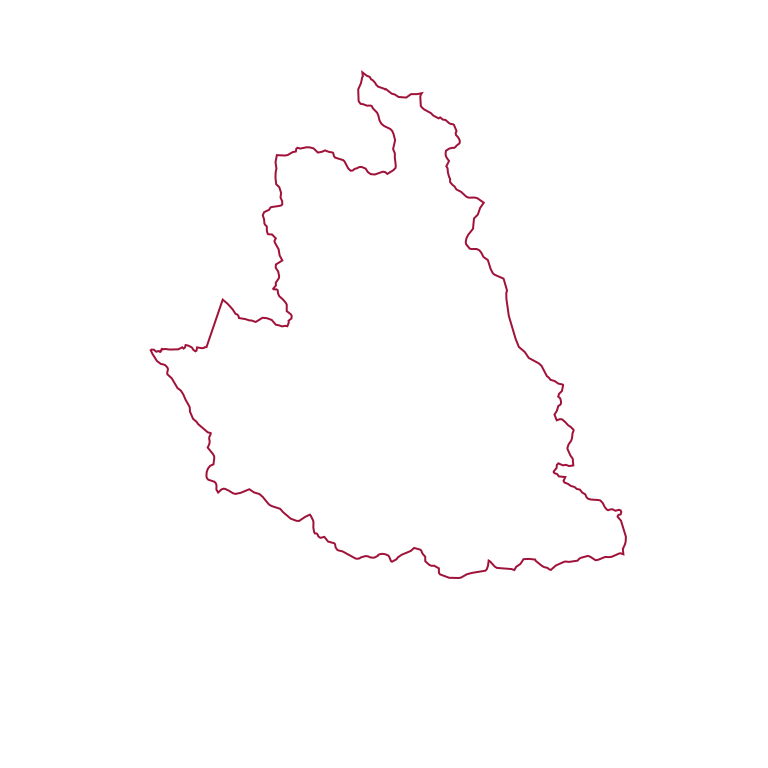 outline of Lam Binh, Tuyên Quang, Vietnam, rotated 147°
{"feature_id": "81297802B83942116722165", "entity_name": "Lam Binh", "entity_type": "district", "adm_level": 2, "iso_a3": "VNM", "parent_name": "Vietnam", "parent_adm1": "Tuyên Quang", "projection": "natural_earth1", "projection_center": [105.222, 22.507], "detail": "fine", "context": "isolated", "style": "outline", "palette": "rose", "viewbox_px": 768, "rotation_deg": 147, "n_neighbors": 0, "source": "geoboundaries", "source_scale": "gbopen_adm2", "svg_char_len": 6166}
<svg xmlns="http://www.w3.org/2000/svg" viewBox="0 0 768 768"><g transform="rotate(147 384 384)"><path d="M273.5,115.6L269.2,118.3L267.0,120.4L264.3,124.2L259.7,140.3L260.4,145.5L258.8,146.5L256.6,145.8L254.7,147.4L254.4,149.1L255.6,150.6L258.9,151.6L260.7,154.6L263.0,155.7L264.8,156.1L265.4,157.0L265.9,160.2L265.4,165.1L266.0,168.5L267.6,170.1L273.4,174.4L275.4,176.7L275.8,178.7L275.3,182.0L276.9,184.9L277.2,188.7L279.5,191.0L280.3,193.9L282.8,196.7L284.1,200.0L286.3,203.1L286.2,205.0L282.6,207.2L287.7,211.3L287.8,214.1L289.5,216.3L289.8,217.3L289.3,218.2L285.0,219.6L283.1,222.0L281.0,222.5L278.3,218.4L275.3,217.0L273.6,214.5L269.6,212.6L266.4,218.6L266.6,222.5L265.6,229.1L265.1,230.4L262.1,232.8L257.9,234.5L255.8,236.2L252.5,240.2L250.4,241.6L250.0,242.4L250.8,246.3L252.1,249.3L252.7,253.3L253.9,257.3L255.6,258.7L258.9,259.5L257.7,265.5L253.9,267.2L249.8,270.6L247.4,270.6L246.2,271.3L245.1,272.8L244.0,276.1L244.8,278.5L242.6,280.4L238.6,281.2L234.3,285.6L234.5,286.3L237.6,289.4L239.3,293.6L242.0,296.7L242.4,299.9L243.1,301.9L242.0,313.5L242.9,316.9L248.4,327.0L248.5,334.1L250.7,341.7L249.0,350.3L242.2,373.2L235.0,388.7L231.9,393.7L229.9,395.4L226.5,406.7L226.4,407.4L231.5,415.0L232.4,417.4L232.0,422.0L229.4,431.4L231.4,436.3L230.9,441.1L231.2,444.2L232.8,446.8L237.1,449.5L238.4,450.9L239.0,456.3L238.2,458.5L235.6,461.2L232.1,463.3L224.8,465.7L218.4,473.8L213.0,475.0L207.5,479.3L201.6,481.7L204.5,488.9L206.4,491.0L211.3,494.0L212.9,496.1L214.7,503.2L217.3,507.7L217.3,511.3L218.1,513.7L218.6,517.4L216.9,519.9L216.5,522.6L215.2,526.6L213.2,530.3L213.1,532.7L208.0,535.6L208.2,539.5L207.9,541.7L206.8,543.8L205.0,545.9L201.2,545.9L198.2,545.0L196.8,543.9L195.0,543.8L193.5,544.4L189.7,544.7L188.5,545.8L187.7,547.6L187.5,550.5L188.0,553.6L187.2,555.5L185.4,556.6L184.2,563.3L184.5,564.0L186.5,565.9L187.4,567.5L188.6,571.9L190.7,573.8L191.7,577.0L193.5,577.0L195.6,580.7L196.6,582.8L197.1,585.6L200.8,592.4L201.6,595.4L201.7,597.1L197.2,605.0L196.1,606.2L193.9,607.3L198.4,609.1L203.5,612.4L209.3,612.1L215.5,616.8L217.2,620.8L219.5,623.5L221.8,630.4L222.6,630.4L223.1,631.6L227.0,636.6L227.6,639.3L227.4,641.2L227.9,644.7L228.9,646.6L228.7,649.3L230.6,652.0L232.4,657.2L234.2,653.5L235.2,653.1L239.4,648.9L245.2,645.1L251.2,635.1L251.1,631.8L248.6,629.4L246.8,626.8L243.5,624.7L242.9,623.7L243.2,621.3L242.0,615.3L242.6,612.0L244.2,607.5L244.5,603.8L243.3,600.1L239.8,594.4L239.3,591.7L239.9,588.3L241.9,582.4L248.4,576.1L249.3,571.5L251.5,568.2L255.2,560.7L256.7,558.9L259.9,558.2L266.8,558.4L267.6,561.1L269.4,562.7L277.6,564.7L280.8,567.2L282.1,570.5L282.1,574.6L284.5,578.2L286.6,579.4L289.4,579.7L291.4,580.4L293.9,580.1L295.9,581.1L296.6,584.3L295.9,592.3L296.4,594.1L301.7,600.5L301.9,602.3L300.8,605.3L301.0,606.1L303.9,608.8L306.2,612.0L309.4,612.5L313.4,614.1L314.7,619.9L317.4,622.9L320.0,624.7L325.9,627.0L328.0,629.3L329.5,629.0L331.3,627.0L334.2,628.2L340.1,628.5L342.7,629.6L349.2,634.3L354.2,629.1L356.8,623.4L359.7,620.4L362.8,615.9L365.6,610.2L364.6,606.2L366.2,600.3L369.2,596.8L369.9,592.6L371.5,590.1L372.7,589.7L375.1,590.5L382.3,593.8L383.5,593.7L385.5,592.7L391.0,593.4L393.8,591.5L394.9,587.4L396.9,583.7L397.0,582.6L396.5,579.9L398.8,576.3L399.7,573.5L399.6,572.7L396.5,570.4L395.4,565.1L397.8,563.8L398.5,562.3L399.0,554.4L401.5,548.7L402.0,543.0L409.6,543.1L411.5,540.5L411.5,535.9L413.3,531.4L414.7,529.9L419.6,527.9L421.0,525.5L425.0,524.3L425.1,523.6L422.5,521.8L422.1,520.6L423.6,517.5L424.0,514.6L422.7,509.9L422.2,506.0L422.3,503.6L425.9,498.1L424.2,493.3L424.3,491.4L425.9,489.4L429.6,489.0L430.5,487.3L433.6,485.1L435.1,486.5L438.2,487.9L440.1,490.4L442.4,492.6L443.3,498.9L446.4,503.0L449.8,505.7L457.8,505.9L460.6,509.5L462.3,510.7L464.9,513.9L469.7,518.3L469.1,519.9L469.1,522.0L470.3,523.7L470.3,529.0L471.5,536.5L473.3,542.6L512.8,511.6L514.3,512.5L515.6,512.4L517.2,513.2L520.8,516.5L523.1,514.1L524.3,514.1L525.3,516.3L525.2,519.0L525.8,520.3L527.1,522.6L528.9,524.5L529.2,524.7L531.1,523.0L532.8,522.9L533.3,524.7L537.6,525.1L545.1,529.7L548.5,532.6L550.0,533.2L551.0,534.4L551.7,534.3L552.4,533.3L553.2,533.5L553.7,532.8L554.3,532.8L555.2,534.5L557.4,535.1L558.3,538.0L560.0,539.4L561.3,539.4L561.8,535.3L561.9,527.1L560.3,522.5L557.7,519.8L557.1,518.4L556.7,515.7L557.1,514.1L559.6,511.6L560.4,510.1L558.9,504.4L559.4,493.0L558.0,489.3L558.0,484.7L559.0,478.7L559.4,471.6L559.8,469.9L561.8,466.4L563.1,458.8L561.8,454.4L561.7,451.5L558.1,439.4L556.1,437.3L556.7,436.3L559.3,434.8L560.7,432.9L561.3,431.0L563.2,428.8L566.5,426.7L565.6,418.3L565.8,416.0L566.6,414.4L570.8,409.5L574.3,410.1L577.8,408.9L580.7,406.7L583.2,403.3L583.8,401.5L583.5,399.4L579.6,394.6L579.1,393.1L579.5,390.5L582.1,386.7L582.2,383.3L577.7,384.1L575.6,383.6L574.4,382.6L572.2,379.0L570.2,374.7L568.4,372.7L563.5,370.8L554.3,369.1L552.0,363.8L548.4,359.6L547.2,355.3L546.2,346.3L545.5,344.2L544.2,342.2L539.1,335.9L538.4,331.4L535.6,321.9L531.9,316.9L529.8,315.4L522.3,315.5L517.3,314.8L517.2,312.9L517.8,308.2L518.3,306.7L521.5,302.0L523.2,298.0L523.4,296.4L522.2,295.6L521.6,294.6L522.0,292.1L521.6,290.5L520.9,289.5L517.3,288.3L516.7,282.3L512.5,277.6L512.3,276.3L513.6,273.2L513.5,270.4L513.1,269.5L510.0,266.3L503.1,253.5L502.2,252.4L500.0,251.2L497.5,251.1L493.1,249.7L491.3,248.2L490.0,246.1L487.4,244.0L485.9,243.5L482.7,243.3L481.8,243.8L480.5,243.6L477.9,242.5L475.8,240.7L473.8,237.8L473.8,235.9L474.6,231.7L474.1,230.6L469.0,230.2L467.0,231.0L462.3,231.2L452.5,229.4L448.0,230.1L443.8,225.3L443.5,224.1L444.1,220.7L443.5,216.7L445.9,212.9L445.0,209.3L444.3,207.2L443.1,205.6L440.9,204.3L438.4,199.5L440.8,195.7L440.7,193.8L434.9,186.0L427.0,180.6L424.9,179.7L418.2,179.3L413.2,177.7L400.6,172.2L398.8,172.6L395.7,175.0L392.4,178.9L391.7,177.5L390.5,170.4L389.4,168.2L377.9,159.4L376.0,157.0L372.7,158.7L367.6,158.8L362.4,161.1L357.6,158.3L352.8,154.4L353.2,153.4L350.7,145.7L349.5,143.3L347.1,140.8L346.3,138.4L345.3,137.2L338.8,138.2L329.9,136.8L328.7,136.4L325.5,133.9L317.8,130.4L315.7,131.1L313.6,131.0L307.2,129.0L306.0,128.1L304.8,126.2L302.6,121.0L300.3,120.0L292.7,118.5L289.7,116.3L287.2,115.1L278.8,113.7L277.7,113.1L276.0,110.8L273.5,115.6Z" fill="none" stroke="#9f1239" stroke-width="2"/></g></svg>